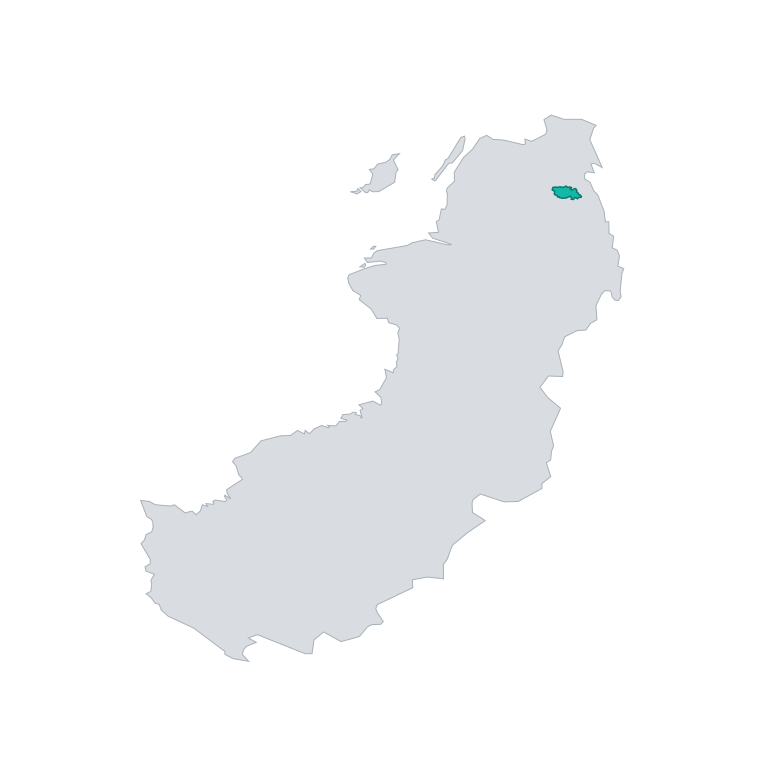 Hylte, Halland, Sweden shown in context, rotated 192°
{"feature_id": "70781695B16577787693192", "entity_name": "Hylte", "entity_type": "district", "adm_level": 2, "iso_a3": "SWE", "parent_name": "Sweden", "parent_adm1": "Halland", "projection": "robinson", "projection_center": [13.281, 56.995], "detail": "fine", "context": "in_parent", "style": "filled", "palette": "teal", "viewbox_px": 768, "rotation_deg": 192, "n_neighbors": 0, "source": "geoboundaries", "source_scale": "gbopen_adm2", "svg_char_len": 5054}
<svg xmlns="http://www.w3.org/2000/svg" viewBox="0 0 768 768"><g transform="rotate(192 384 384)"><path d="M178.7,516.3L181.5,522.1L187.4,521.3L189.9,517.1L193.0,504.8L189.1,491.1L194.5,486.3L197.9,478.7L206.1,476.5L217.1,467.8L218.2,459.1L220.7,452.7L211.4,433.4L210.8,428.5L224.8,426.0L230.8,413.2L221.2,404.9L206.3,397.0L211.5,372.2L205.3,358.8L206.2,353.1L205.2,344.4L208.9,340.9L201.7,328.1L208.9,319.3L207.7,314.7L228.3,297.0L241.9,293.7L266.9,296.4L272.9,289.4L273.1,285.6L270.7,276.7L256.6,271.5L271.8,255.5L283.6,240.5L285.7,226.0L288.4,219.9L285.3,205.8L301.4,204.2L315.6,198.4L313.5,190.7L344.5,167.0L345.4,162.8L342.9,158.8L335.3,151.5L337.3,148.2L345.7,146.2L349.7,143.0L355.6,131.8L372.5,123.1L391.5,128.9L399.3,119.0L398.3,105.3L405.1,103.8L455.7,112.5L463.9,107.4L455.2,104.7L463.5,99.2L465.8,95.8L466.4,91.8L466.0,89.7L458.7,84.6L474.5,84.0L483.3,86.4L484.2,89.4L519.2,105.6L546.8,112.0L554.9,116.6L558.0,121.7L562.3,122.0L567.6,126.7L573.1,129.3L569.0,132.6L569.6,140.1L571.2,143.6L569.0,150.0L578.0,151.6L579.7,155.6L575.3,159.5L576.2,163.9L588.5,177.3L585.9,181.6L585.4,187.1L580.5,191.1L580.0,195.3L581.3,200.6L583.2,203.2L588.4,205.0L597.8,219.4L589.2,220.4L582.6,218.4L567.5,220.2L563.8,222.3L551.8,216.6L545.3,219.8L540.6,217.0L537.2,221.7L536.6,228.1L531.1,227.5L533.3,230.0L526.0,230.8L525.5,231.8L527.1,233.4L525.0,235.4L514.8,236.0L513.5,238.1L516.6,240.6L516.6,242.2L510.0,239.8L514.7,244.5L515.9,247.9L502.5,261.5L507.3,265.2L511.6,273.1L516.0,276.7L514.4,280.4L500.2,289.2L492.5,302.8L474.5,311.8L464.9,314.1L458.9,320.6L451.5,318.6L451.4,322.3L446.6,319.9L442.9,325.6L436.4,330.5L429.1,329.6L428.3,330.4L430.6,331.8L422.2,333.1L419.9,338.1L413.7,339.5L412.7,341.0L419.1,341.4L417.9,345.5L410.8,347.5L408.3,350.1L405.1,350.1L405.7,348.1L400.9,348.2L399.3,345.9L398.4,346.5L401.9,353.1L399.6,355.8L404.2,358.4L391.3,365.0L383.2,362.5L382.2,364.5L384.1,370.1L391.1,374.5L387.1,377.5L382.9,390.6L386.2,398.6L377.1,396.9L377.8,399.8L375.0,403.4L376.3,408.5L375.5,411.9L377.7,415.0L376.6,416.4L378.3,430.8L381.1,436.9L380.3,441.8L384.1,444.4L392.1,445.0L394.6,449.0L404.6,446.6L412.0,454.6L425.8,461.4L425.2,465.8L434.0,469.0L439.3,475.1L441.5,480.3L440.9,483.6L427.7,492.3L417.4,498.1L406.7,501.6L407.3,503.0L412.6,503.6L425.5,499.4L429.4,503.1L422.4,504.8L421.2,509.8L418.3,513.0L389.8,524.4L386.1,527.9L373.4,533.7L350.3,533.3L346.8,534.5L366.8,536.8L371.7,541.0L362.2,543.7L366.6,553.7L364.2,556.1L364.3,567.2L360.9,567.4L359.5,572.0L361.5,583.0L363.2,586.1L362.6,589.3L357.3,596.8L359.3,605.8L353.3,622.1L346.5,631.6L341.2,644.2L335.2,648.6L328.1,645.9L317.4,647.5L298.0,647.0L295.6,648.2L297.1,652.8L290.0,652.1L277.8,661.9L277.4,666.6L282.5,675.8L276.5,681.8L263.3,680.3L245.9,684.0L230.3,681.1L232.2,677.9L233.5,665.8L215.6,641.1L224.0,643.6L227.4,642.3L222.2,634.3L229.4,633.8L231.6,630.9L230.3,626.3L224.4,624.2L219.3,616.9L214.0,613.1L204.6,598.6L201.2,588.6L197.9,589.5L195.1,578.0L190.1,576.3L189.1,564.6L183.7,563.4L180.3,558.0L179.8,548.0L173.4,546.6L174.3,541.8L172.3,524.0L170.2,518.5L172.0,514.4L175.5,514.0L178.7,516.3ZM448.1,570.9L445.2,572.0L443.6,575.2L439.1,576.8L438.6,586.9L442.9,590.8L438.6,592.5L435.8,597.8L428.1,601.5L425.0,604.9L423.6,609.9L416.8,612.5L421.4,605.1L414.8,596.5L416.3,593.5L415.5,583.6L429.1,571.1L435.6,569.6L438.5,571.0L439.7,568.0L441.7,567.3L448.1,570.9ZM360.1,641.1L356.7,643.2L355.6,640.2L355.7,628.5L363.1,614.5L366.6,613.3L375.6,594.4L376.6,593.2L379.9,594.3L377.5,596.1L377.7,599.4L372.0,609.5L370.5,616.1L368.4,617.7L360.1,641.1ZM450.7,566.9L450.2,569.8L446.6,567.5L449.8,564.3L456.8,565.1L450.7,566.9ZM431.9,493.7L427.6,498.1L426.7,496.3L427.5,494.1L431.9,493.7ZM422.9,516.6L420.6,516.9L422.2,513.9L425.2,513.2L422.9,516.6Z" fill="#d9dde1" stroke="#a8b0b8" stroke-width="1"/><path d="M246.9,615.4L247.8,615.1L248.1,614.2L248.8,613.9L250.1,613.8L250.7,613.3L251.9,613.3L252.6,613.6L253.2,613.3L254.2,612.8L255.3,612.4L256.8,612.4L257.8,611.9L258.9,611.7L259.6,611.4L259.8,610.6L259.8,608.8L259.6,608.7L259.2,608.5L258.5,608.5L257.9,608.3L257.3,607.9L257.0,607.4L257.0,606.4L257.0,605.8L256.8,605.0L256.3,604.7L255.4,604.6L254.8,604.3L254.0,604.2L253.4,603.8L253.2,603.2L252.8,603.0L252.3,603.2L251.7,603.4L251.4,603.0L250.8,602.8L249.9,602.8L248.1,602.8L247.2,603.0L246.4,603.3L245.2,603.6L244.0,604.0L243.3,604.9L242.8,605.1L242.0,605.4L241.7,605.8L241.2,606.4L240.5,606.4L240.2,606.1L239.9,605.4L239.2,604.7L238.9,603.9L239.0,603.7L238.1,603.8L237.1,603.9L236.6,604.7L236.5,605.7L235.7,606.1L234.9,605.9L234.1,605.7L233.1,605.5L232.8,606.3L232.5,606.8L231.7,607.2L230.7,607.3L229.9,607.9L230.0,608.7L230.5,609.0L231.1,609.4L231.3,609.6L232.6,609.8L232.9,610.2L233.1,610.2L233.4,610.5L233.7,610.8L234.3,611.6L234.8,611.7L235.5,611.8L235.7,613.6L236.3,614.0L236.5,614.5L237.2,614.9L237.9,614.9L238.6,614.4L239.0,614.0L239.4,613.5L240.0,613.0L240.9,612.8L242.1,613.1L242.4,613.8L241.9,614.1L241.4,614.5L241.3,615.0L242.0,615.3L243.0,615.3L243.6,615.3L244.1,614.9L244.9,614.6L245.7,614.6L246.1,615.0L246.9,615.4Z" fill="#14b8a6" stroke="#0f766e" stroke-width="1.5"/></g></svg>